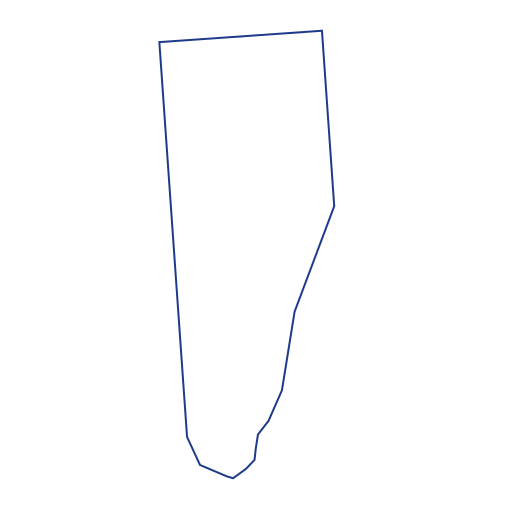 Buvuma, Natural Earth projection, rotated 176°
{"feature_id": "UGA-5598", "entity_name": "Buvuma", "entity_type": "District", "adm_level": 1, "iso_a3": "UGA", "parent_name": "Uganda", "parent_adm1": "", "projection": "natural_earth1", "projection_center": [33.174, -0.326], "detail": "fine", "context": "isolated", "style": "outline", "palette": "blue", "viewbox_px": 512, "rotation_deg": 176, "n_neighbors": 0, "source": "natural_earth", "source_scale": "10m", "svg_char_len": 385}
<svg xmlns="http://www.w3.org/2000/svg" viewBox="0 0 512 512"><g transform="rotate(176 256 256)"><path d="M337.5,476.1L294.3,476.1L242.8,476.1L191.3,476.1L174.5,476.1L174.5,300.2L221.4,197.7L239.5,120.2L255.0,90.7L266.5,77.8L269.6,64.2L271.7,52.7L280.8,44.4L294.3,35.9L300.5,38.2L326.4,51.4L337.4,80.3L337.5,476.1L337.5,476.1Z" fill="none" stroke="#1e3a8a" stroke-width="2"/></g></svg>